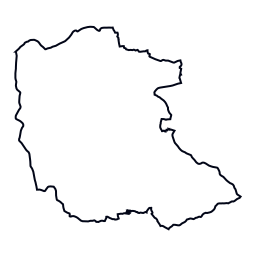 outline of La Estrella, Antioquia, Colombia
{"feature_id": "7082276B46086591209782", "entity_name": "La Estrella", "entity_type": "district", "adm_level": 2, "iso_a3": "COL", "parent_name": "Colombia", "parent_adm1": "Antioquia", "projection": "orthographic", "projection_center": [-75.641, 6.139], "detail": "fine", "context": "isolated", "style": "outline", "palette": "ink", "viewbox_px": 256, "rotation_deg": 0, "n_neighbors": 0, "source": "geoboundaries", "source_scale": "gbopen_adm2", "svg_char_len": 5773}
<svg xmlns="http://www.w3.org/2000/svg" viewBox="0 0 256 256"><path d="M37.0,189.7L39.7,189.6L41.2,190.0L44.1,191.1L44.7,191.0L45.2,190.8L45.9,189.6L47.9,187.0L48.7,186.6L50.6,186.4L53.7,186.7L55.3,188.9L56.0,190.9L56.1,195.6L56.7,199.2L57.0,199.9L57.3,200.2L58.5,200.7L59.9,201.6L60.7,202.2L62.0,203.5L62.9,204.1L63.1,204.9L63.2,206.3L63.5,208.0L64.4,211.0L67.3,212.7L69.5,213.5L69.8,214.7L69.6,215.9L69.7,216.3L70.2,216.5L71.1,216.5L71.7,216.2L73.7,216.1L74.9,216.5L76.1,217.0L77.5,217.8L80.9,220.6L82.5,221.2L88.2,221.4L90.4,220.8L92.6,220.8L93.6,220.5L94.5,220.4L95.5,221.0L96.3,221.9L97.7,221.9L98.3,222.0L100.7,220.9L101.8,220.7L102.9,220.8L104.0,221.1L104.9,221.0L105.6,219.2L106.2,218.5L106.3,216.8L107.1,216.7L107.7,216.8L110.0,218.1L110.9,218.4L111.6,218.8L112.5,219.1L113.9,219.1L114.6,219.3L115.0,219.6L116.8,219.4L118.7,218.6L117.9,216.2L117.7,214.2L120.9,213.7L122.5,213.8L124.2,213.2L128.9,213.9L129.5,213.4L129.9,213.0L126.7,211.8L127.0,211.3L127.6,211.4L128.3,211.3L127.4,210.6L127.2,210.3L127.5,210.2L128.5,210.6L130.2,210.6L130.9,211.0L132.9,210.9L134.9,211.2L136.3,212.0L136.4,211.9L137.4,212.1L137.7,212.3L137.9,212.7L138.5,212.9L139.4,213.0L139.7,212.8L140.5,212.6L143.2,213.0L145.5,212.0L145.9,212.0L146.6,212.4L146.7,211.4L147.9,209.6L148.1,209.4L148.9,208.3L149.6,207.9L150.3,208.0L151.2,207.8L151.3,207.9L151.1,208.7L151.2,209.8L151.5,210.7L152.1,211.6L152.5,212.8L152.2,213.4L151.6,213.9L154.7,217.8L155.8,218.3L157.0,219.6L157.5,220.9L157.4,221.1L159.7,224.5L160.4,225.9L160.7,225.7L161.1,225.9L162.3,225.9L163.3,226.2L164.7,227.1L168.6,229.2L168.9,228.5L169.4,228.0L170.5,227.1L171.7,226.4L173.3,224.8L175.0,224.8L177.9,225.3L179.3,225.3L180.2,224.9L182.0,223.4L182.8,223.0L184.8,222.0L186.2,220.7L186.6,219.9L187.1,219.4L187.9,219.3L188.6,219.0L188.8,219.0L189.8,218.6L190.4,218.5L191.8,218.7L193.3,219.1L194.1,218.9L195.8,217.8L196.8,217.7L198.8,216.8L199.2,216.7L200.8,217.0L201.6,216.3L202.4,214.9L203.5,213.8L204.0,213.5L205.6,212.8L207.1,213.0L209.7,212.4L211.3,211.8L212.5,210.9L214.0,209.5L214.7,208.4L215.4,206.2L216.1,205.6L217.7,203.8L219.1,203.4L221.5,203.4L222.7,203.3L223.9,203.4L226.6,203.1L228.5,203.3L229.3,202.7L230.5,202.2L231.2,201.7L232.1,201.4L233.4,201.5L234.5,201.0L237.1,199.0L239.7,197.8L240.6,196.6L237.4,194.5L236.8,193.8L236.2,191.7L235.7,190.0L235.4,189.2L234.4,187.8L233.8,185.8L233.2,184.9L232.6,184.3L231.3,183.6L230.2,183.2L227.8,181.4L226.4,180.2L223.4,176.9L221.5,175.8L220.3,174.9L219.7,173.8L219.6,172.3L219.3,171.2L218.0,168.6L217.4,167.8L216.3,167.5L212.9,166.9L211.2,166.4L209.0,165.6L205.6,163.4L204.0,162.7L203.1,162.6L202.2,162.7L200.9,163.5L199.9,163.8L199.1,163.9L198.2,163.7L197.4,163.2L196.2,162.2L194.3,159.7L193.2,158.6L191.9,157.1L191.1,155.3L190.6,155.0L186.4,153.3L185.2,152.4L182.2,151.1L180.7,149.9L179.1,148.1L177.9,146.3L175.0,143.0L174.4,141.8L172.6,136.4L172.4,135.0L172.5,134.3L172.8,133.6L174.5,130.7L171.1,129.6L169.9,129.7L169.6,129.5L169.5,129.1L169.3,129.2L169.0,129.5L168.5,129.1L168.5,129.3L168.3,129.5L167.4,129.5L167.2,130.1L166.7,130.0L166.7,130.5L165.2,130.7L165.1,131.0L165.3,131.5L165.1,131.5L163.7,130.7L163.3,130.8L162.6,131.1L162.0,131.1L161.9,130.7L160.6,128.4L160.2,127.2L160.2,126.4L160.3,124.9L160.7,123.6L160.7,122.6L161.6,119.0L164.0,119.1L165.4,119.6L165.8,119.7L166.0,119.5L166.7,119.6L167.2,119.4L170.3,119.2L170.5,118.0L171.2,115.4L171.2,114.9L169.6,113.1L168.9,111.9L168.3,110.4L168.0,109.3L168.0,107.6L167.1,105.9L166.4,104.2L165.3,102.3L163.7,100.5L161.1,98.6L159.6,97.3L158.1,96.7L156.9,95.7L154.6,94.7L154.6,93.3L154.4,93.0L154.4,92.3L154.9,91.4L156.4,89.6L157.7,88.4L158.6,88.0L160.1,87.6L170.3,86.0L172.6,85.5L177.9,83.7L181.1,83.0L179.8,78.6L179.4,78.0L179.5,77.3L180.0,75.0L181.1,74.7L181.0,74.4L180.3,73.3L181.2,68.8L179.7,67.9L179.7,67.7L179.8,66.8L180.6,66.2L181.1,65.6L181.5,64.7L181.4,63.3L180.8,62.1L180.4,60.4L179.2,60.6L177.6,61.0L174.2,62.6L173.8,62.6L173.2,62.5L168.2,60.6L165.7,60.6L163.5,59.9L162.7,60.0L161.0,61.0L160.4,61.0L155.3,59.2L149.7,56.7L149.4,56.3L149.4,56.0L149.7,55.2L149.8,54.1L149.4,53.8L148.4,53.7L148.2,53.5L147.6,52.3L147.5,50.3L146.5,50.5L145.2,51.3L143.7,51.3L142.4,51.5L140.1,51.8L138.9,51.6L138.0,50.3L137.6,49.9L135.5,50.5L134.5,49.9L133.7,49.7L132.6,50.1L130.4,49.9L128.8,50.1L126.1,49.3L125.6,48.3L124.4,48.0L124.1,47.8L123.8,46.1L122.6,46.1L119.7,46.5L119.0,43.3L118.4,39.2L118.6,39.2L118.3,37.6L117.3,36.6L117.9,35.0L117.8,33.6L117.5,32.7L115.1,32.7L114.5,31.3L113.5,29.8L112.7,27.6L112.4,27.7L109.5,27.6L103.7,27.7L102.0,27.9L101.3,28.2L100.5,28.8L100.2,29.2L99.9,30.4L99.5,30.8L99.2,30.8L98.8,30.8L98.2,30.5L97.0,29.8L94.2,27.3L93.7,27.0L91.0,26.8L89.9,26.8L87.5,27.1L83.6,28.1L81.3,29.0L77.7,31.4L77.1,31.3L76.3,30.6L76.0,30.5L75.5,30.5L74.7,30.7L73.4,31.5L72.6,32.4L71.4,34.5L69.1,37.5L65.3,41.0L64.4,41.5L59.7,43.6L55.8,45.8L52.6,46.7L50.8,47.7L47.6,48.4L45.8,49.2L45.2,49.2L43.0,47.0L41.3,45.7L40.5,44.8L38.8,42.4L37.6,41.3L35.3,40.2L34.1,39.8L30.7,40.0L29.4,40.5L28.0,41.6L27.0,41.7L25.1,42.6L24.7,43.0L24.2,44.0L23.6,44.6L20.4,46.9L19.0,48.6L15.7,51.6L15.8,51.6L16.2,53.2L16.7,55.8L16.1,62.6L15.9,67.3L15.9,68.6L15.4,73.2L15.4,77.8L15.6,79.3L16.3,81.5L16.3,82.3L16.0,84.3L15.9,85.8L16.5,88.5L17.2,89.7L19.9,92.0L20.2,92.4L20.3,92.9L20.1,93.9L19.6,95.9L19.3,100.1L19.2,102.2L19.4,103.3L20.4,106.0L20.6,106.9L20.2,108.3L19.0,109.8L15.9,115.5L15.7,116.6L15.7,117.7L15.8,118.5L16.2,119.0L17.1,119.5L19.9,120.9L21.1,121.8L22.6,123.2L23.2,124.3L23.3,125.3L23.2,126.2L22.0,127.9L20.9,130.6L20.0,135.8L19.6,137.8L19.1,139.0L19.1,140.4L19.4,140.9L21.6,143.1L26.1,149.8L27.0,150.8L28.6,152.2L29.1,153.2L29.4,154.1L30.1,159.6L30.3,161.6L30.5,166.0L30.7,166.5L31.9,168.3L32.3,169.1L33.3,171.7L34.7,179.3L35.0,180.6L35.5,182.2L36.1,185.0L36.4,186.2L37.0,189.7Z" fill="none" stroke="#020617" stroke-width="2"/></svg>